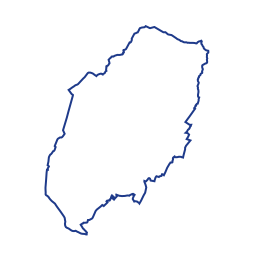 outline of Suncuius, Bihor, Romania, rotated 169°
{"feature_id": "2599482B67903282623571", "entity_name": "Suncuius", "entity_type": "district", "adm_level": 2, "iso_a3": "ROU", "parent_name": "Romania", "parent_adm1": "Bihor", "projection": "orthographic", "projection_center": [22.507, 46.914], "detail": "fine", "context": "isolated", "style": "outline", "palette": "blue", "viewbox_px": 256, "rotation_deg": 169, "n_neighbors": 0, "source": "geoboundaries", "source_scale": "gbopen_adm2", "svg_char_len": 5732}
<svg xmlns="http://www.w3.org/2000/svg" viewBox="0 0 256 256"><g transform="rotate(169 128 128)"><path d="M91.2,224.6L91.9,224.1L92.5,223.8L94.5,223.9L95.2,224.0L97.3,223.7L97.8,223.2L98.2,222.4L98.5,222.3L98.7,221.9L99.5,220.9L100.2,220.0L100.8,220.0L101.6,219.8L102.1,219.6L103.7,219.4L107.3,215.0L107.4,213.8L108.5,212.0L109.5,211.4L110.1,211.7L114.6,206.2L115.2,205.7L115.5,205.6L115.9,205.5L116.8,205.4L117.4,205.4L117.5,205.4L117.7,205.1L117.8,204.5L117.7,204.3L117.5,204.0L117.6,203.1L118.5,202.7L118.5,202.0L119.4,201.3L119.9,201.5L120.2,201.3L121.1,201.3L122.3,201.3L124.5,201.8L125.5,201.7L126.9,201.5L127.7,201.4L128.0,201.1L128.7,200.9L129.6,201.2L130.1,201.1L130.5,201.2L130.9,200.7L132.0,200.0L132.7,199.7L133.6,198.9L134.0,198.7L134.0,198.4L133.8,196.2L133.8,195.3L133.9,194.9L134.4,194.6L135.0,193.8L135.9,193.1L136.4,192.9L136.8,193.0L137.5,192.7L137.6,191.5L137.9,191.2L138.0,190.3L138.3,189.8L138.4,188.8L138.3,188.2L139.1,187.9L139.4,187.7L139.7,187.3L140.0,186.7L140.7,186.2L141.3,186.0L142.3,185.8L142.6,185.3L142.8,185.4L143.4,186.1L144.1,186.5L145.0,186.5L146.4,186.3L147.6,186.0L148.7,185.4L149.1,185.0L150.7,186.6L151.9,188.0L153.0,188.8L154.5,189.6L155.9,189.9L157.0,189.6L160.9,186.1L162.4,185.2L168.7,180.6L169.5,180.3L171.5,180.0L173.1,179.2L174.9,178.5L177.2,177.4L179.0,176.7L176.8,172.0L175.8,171.1L175.9,170.4L183.1,156.0L186.2,149.6L188.2,145.8L192.2,138.2L191.3,134.4L193.5,132.3L194.5,131.6L195.1,131.4L196.5,131.7L198.9,130.8L199.6,130.1L203.4,124.2L203.1,123.5L202.7,123.1L204.1,120.6L204.6,120.0L205.3,119.5L205.9,119.5L207.2,118.2L207.7,117.7L208.6,117.0L209.4,116.7L210.3,115.7L211.1,114.6L211.3,114.2L212.6,110.0L214.0,106.8L213.4,106.2L213.2,105.9L213.1,105.6L213.0,105.3L214.1,104.1L214.6,103.3L214.6,102.3L215.5,102.5L216.4,99.8L218.1,93.4L220.4,85.1L220.8,82.7L221.0,81.2L221.2,80.0L221.4,79.2L221.5,78.9L221.5,78.4L221.4,78.1L221.2,77.7L220.8,77.3L220.4,77.0L220.2,76.8L219.6,76.1L219.4,75.6L219.0,75.2L218.8,74.4L218.0,72.8L216.8,70.9L216.3,70.3L214.6,68.3L214.0,67.5L213.8,66.8L212.7,64.2L210.2,58.9L209.1,56.4L208.0,53.9L207.6,52.9L207.3,51.8L207.4,49.5L207.4,48.0L207.6,47.5L208.2,45.9L208.2,45.2L208.3,44.2L208.0,43.0L207.8,42.5L206.9,41.6L205.8,40.9L205.3,40.5L203.6,38.7L202.7,37.9L201.8,37.4L200.7,37.1L199.8,37.0L199.5,37.1L199.0,37.1L197.4,35.7L196.7,35.3L194.6,33.6L193.4,33.0L192.4,32.7L190.8,32.3L189.6,31.6L188.9,31.4L188.7,31.8L188.7,32.5L188.3,33.3L188.9,34.0L189.3,35.1L189.8,35.6L190.8,37.3L191.4,38.0L191.8,39.3L192.0,39.7L192.1,40.3L192.4,40.8L192.9,42.1L192.5,42.3L191.4,42.7L191.0,42.9L190.6,42.8L190.3,43.0L189.7,43.5L189.0,43.3L187.2,43.1L186.4,43.0L185.7,43.5L185.4,44.1L184.9,45.3L183.5,45.1L180.6,46.0L180.2,46.3L179.8,46.7L179.0,47.8L176.5,51.4L175.8,52.5L174.3,53.8L169.9,56.1L168.0,57.3L167.5,56.7L167.2,56.8L167.0,56.7L166.8,56.5L166.6,56.1L162.4,58.8L163.1,60.1L162.5,60.6L161.9,60.5L161.8,60.2L161.6,60.3L161.4,60.6L161.0,60.5L160.5,60.7L160.1,60.3L159.9,60.3L159.5,60.7L159.8,61.1L159.4,61.4L158.0,62.2L158.0,62.9L157.7,63.4L155.4,60.4L154.3,61.4L156.8,64.7L156.6,64.9L154.1,61.5L151.8,63.2L151.6,63.6L152.0,63.8L152.1,64.3L152.3,64.6L152.2,64.8L151.3,64.2L149.4,63.1L148.4,62.8L147.2,62.4L146.1,62.2L144.0,61.9L141.8,61.9L141.1,61.8L140.6,61.7L139.7,61.3L139.0,61.7L136.9,62.3L136.0,62.4L135.6,62.4L135.2,62.1L134.8,61.7L135.3,61.0L134.6,60.8L135.3,60.1L136.5,58.3L136.9,57.4L136.0,54.9L135.8,55.1L133.2,54.1L131.4,52.2L131.2,51.7L129.1,54.1L125.5,58.9L123.5,61.2L121.4,66.2L121.6,69.0L122.2,72.2L122.0,72.9L121.3,72.4L120.5,72.2L118.7,73.5L117.6,74.6L116.9,74.8L116.1,74.1L115.8,72.1L112.2,70.7L111.5,72.3L110.9,73.2L110.6,73.9L110.3,74.3L109.3,75.2L107.0,74.0L106.4,74.5L104.3,74.6L103.5,76.1L102.9,76.0L101.8,74.8L99.9,77.3L97.1,81.5L94.0,85.0L93.2,85.6L92.9,86.0L91.4,85.7L90.8,86.1L90.7,86.6L90.7,87.1L90.5,87.5L89.9,88.3L89.7,89.7L89.5,90.1L89.2,90.4L87.8,91.1L87.7,90.4L85.7,90.0L84.0,90.0L83.4,90.1L83.0,89.9L82.0,89.7L81.3,89.5L80.7,89.0L80.3,88.9L79.6,88.5L78.7,90.6L76.0,96.2L75.7,97.8L74.3,99.6L69.1,103.9L72.5,105.9L70.6,108.0L69.3,109.8L69.7,110.5L70.3,111.4L70.9,111.8L72.3,112.3L71.7,112.7L71.2,112.8L70.9,113.0L70.6,113.5L69.4,114.9L69.2,115.0L68.6,115.2L68.2,115.4L68.0,115.6L68.0,115.9L67.9,116.0L67.6,116.2L67.3,116.4L67.2,116.7L66.9,117.3L66.1,117.8L66.0,118.0L65.9,118.3L65.4,119.1L66.8,119.3L70.5,122.9L66.7,126.4L65.8,127.2L59.4,133.3L58.5,134.1L59.2,134.9L57.1,136.8L57.4,137.1L57.0,137.6L55.7,138.6L54.9,138.6L53.4,141.5L53.2,142.7L52.3,144.4L52.6,144.6L53.1,145.1L53.2,145.5L53.1,146.5L53.0,147.1L52.4,148.7L52.3,149.0L51.9,150.0L51.9,150.3L51.7,152.0L51.9,152.7L51.9,153.4L51.6,154.1L51.6,154.9L51.7,155.1L51.8,155.6L51.6,156.3L51.1,156.9L50.8,157.4L50.0,158.7L49.9,159.2L50.4,160.6L50.3,162.1L49.8,162.6L49.7,163.4L48.7,164.2L48.7,164.7L48.4,165.3L46.9,166.1L46.4,167.2L45.4,167.7L44.7,167.9L44.6,168.1L44.5,168.6L44.6,169.1L44.1,170.1L43.3,171.5L43.6,173.0L43.4,174.7L43.0,175.4L42.0,175.8L39.9,176.5L39.1,176.5L38.3,177.1L37.9,177.1L37.6,178.2L37.5,180.2L36.9,181.2L37.1,182.5L36.6,184.1L36.6,184.9L36.4,185.6L35.7,186.1L34.8,186.7L34.6,187.3L34.5,188.5L36.4,189.3L37.9,190.9L38.4,191.9L38.4,193.0L38.8,193.7L39.2,194.7L39.4,195.8L39.8,196.3L39.9,196.7L39.7,197.9L39.2,198.6L39.1,198.8L39.2,199.3L39.4,199.7L40.3,199.5L40.7,199.4L41.6,199.5L42.4,199.2L42.8,199.1L43.4,198.8L44.4,198.0L44.9,198.0L46.3,198.7L47.7,199.1L50.3,199.6L51.3,199.8L51.9,200.1L53.3,200.3L54.2,200.9L56.2,201.3L56.7,201.5L56.9,201.6L58.4,202.8L59.6,203.3L60.5,204.4L61.1,204.9L62.4,205.7L63.0,206.3L63.5,206.9L67.5,210.9L68.0,211.1L70.3,212.0L70.7,212.2L71.1,212.5L72.3,214.1L73.0,214.9L74.4,215.1L74.9,215.2L75.2,215.4L82.8,222.1L83.1,222.1L87.2,221.8L87.7,222.0L89.0,223.0L91.2,224.6Z" fill="none" stroke="#1e3a8a" stroke-width="2"/></g></svg>